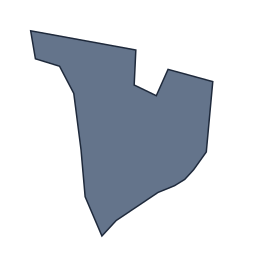 an SVG outline of Saint Paul Capesterre, rotated 175°
{"feature_id": "KNA-5107", "entity_name": "Saint Paul Capesterre", "entity_type": "Parish", "adm_level": 1, "iso_a3": "KNA", "parent_name": "Saint Kitts and Nevis", "parent_adm1": "", "projection": "equal_earth", "projection_center": [-62.833, 17.388], "detail": "fine", "context": "isolated", "style": "filled", "palette": "slate", "viewbox_px": 256, "rotation_deg": 175, "n_neighbors": 0, "source": "natural_earth", "source_scale": "10m", "svg_char_len": 383}
<svg xmlns="http://www.w3.org/2000/svg" viewBox="0 0 256 256"><g transform="rotate(175 128 128)"><path d="M39.5,166.8L52.1,97.3L66.2,80.8L75.9,71.9L86.6,66.5L103.7,61.2L147.8,36.9L163.4,22.7L176.7,63.3L176.7,110.5L179.0,167.2L190.8,195.5L214.2,205.0L216.5,233.3L113.4,205.0L118.1,170.3L97.0,157.7L83.0,182.9L39.5,166.8Z" fill="#64748b" stroke="#1e293b" stroke-width="1.5"/></g></svg>